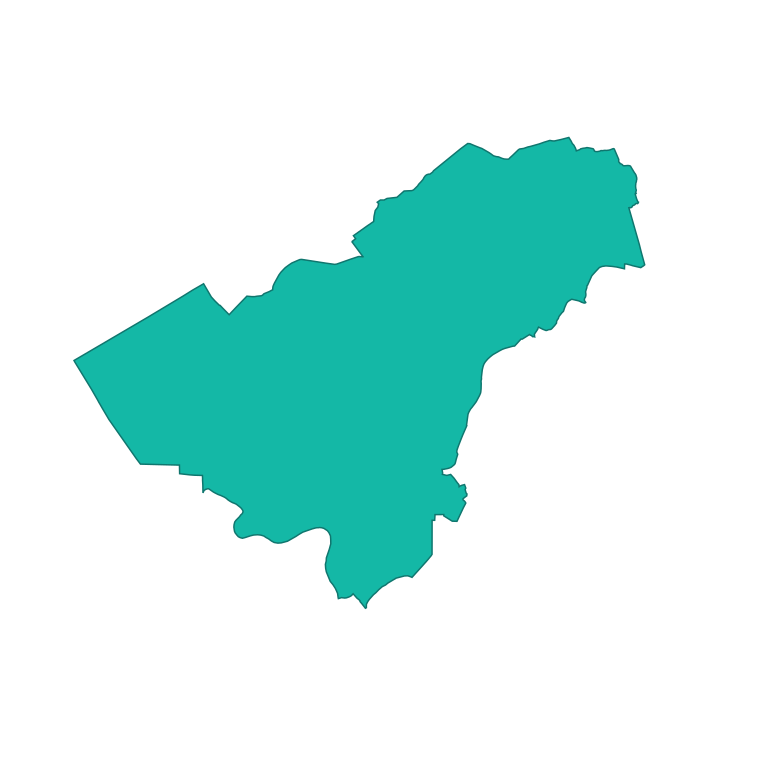 outline of Mediesu Aurit, Satu Mare, Romania, rotated 346°
{"feature_id": "2599482B60738001059881", "entity_name": "Mediesu Aurit", "entity_type": "district", "adm_level": 2, "iso_a3": "ROU", "parent_name": "Romania", "parent_adm1": "Satu Mare", "projection": "albers", "projection_center": [23.173, 47.794], "detail": "fine", "context": "isolated", "style": "filled", "palette": "teal", "viewbox_px": 768, "rotation_deg": 346, "n_neighbors": 0, "source": "geoboundaries", "source_scale": "gbopen_adm2", "svg_char_len": 6167}
<svg xmlns="http://www.w3.org/2000/svg" viewBox="0 0 768 768"><g transform="rotate(346 384 384)"><path d="M364.4,578.4L382.2,566.4L388.0,562.2L389.4,560.9L397.7,527.9L400.2,528.5L401.9,523.1L410.4,525.1L410.1,526.4L417.0,533.6L421.6,534.9L430.8,523.6L434.5,519.4L434.5,518.7L434.4,518.5L433.9,517.3L433.4,516.5L432.8,515.8L432.7,515.4L432.7,514.9L432.8,514.6L434.3,513.8L436.6,512.8L437.2,512.6L437.9,510.8L437.8,510.5L437.3,509.7L437.2,506.0L438.2,504.8L437.8,501.1L435.2,501.1L432.6,501.5L432.1,501.8L432.3,499.7L431.3,497.7L429.2,492.4L426.8,487.9L423.1,487.9L422.6,487.8L418.8,485.8L419.4,484.5L419.6,480.9L421.1,481.2L425.4,481.4L427.5,481.3L429.1,481.0L432.5,479.4L433.6,478.6L434.5,477.1L435.8,474.6L438.5,470.1L438.5,469.7L438.4,468.9L438.1,468.0L438.1,467.8L438.8,465.8L441.3,462.0L444.4,457.6L448.0,452.6L454.3,444.4L454.1,444.0L455.9,439.4L458.1,433.9L458.5,433.2L459.7,431.6L462.0,429.2L463.8,427.9L469.2,423.5L473.8,418.4L475.4,416.3L476.0,415.1L477.0,412.3L478.4,407.2L478.9,404.5L479.8,402.8L480.2,400.9L482.8,394.0L484.4,390.9L485.0,390.0L486.0,388.6L487.7,387.0L490.8,384.8L493.4,383.4L496.2,382.1L497.3,381.7L504.3,379.7L507.2,379.0L509.8,378.7L517.6,378.5L519.1,378.6L519.9,378.8L527.9,373.5L528.5,373.8L529.0,373.9L537.2,371.2L537.5,371.8L538.8,372.7L539.6,374.0L540.0,374.2L540.9,374.2L541.6,374.7L541.9,372.2L543.2,370.9L545.5,368.9L545.9,368.4L546.6,367.8L546.8,367.2L547.7,366.2L551.3,369.3L554.0,371.2L554.7,371.4L557.1,371.1L558.6,371.4L559.3,371.3L560.2,370.9L563.8,368.5L565.8,366.9L566.0,366.8L566.7,364.9L567.1,364.3L567.6,363.8L568.7,362.9L569.1,362.5L569.8,361.3L570.4,360.6L573.9,357.9L575.7,356.9L577.7,353.7L579.9,350.8L581.0,349.5L582.6,348.4L586.3,347.2L587.1,347.4L592.8,350.3L593.7,350.9L595.6,352.5L597.8,353.9L598.8,354.0L599.3,353.9L599.5,353.7L599.4,353.4L598.7,351.7L598.7,351.1L598.9,350.4L599.5,349.3L600.5,348.4L601.2,347.1L601.6,345.7L601.9,343.3L602.9,341.5L604.0,339.8L604.8,337.7L605.0,337.5L605.4,337.4L611.7,329.4L612.9,328.5L617.1,325.7L621.0,323.2L621.6,323.0L624.1,322.7L627.9,323.1L633.6,325.0L638.1,326.8L645.2,330.4L646.5,325.9L646.8,326.1L647.2,326.0L648.0,326.1L651.8,328.1L653.9,329.4L661.3,333.2L664.5,332.1L665.8,331.4L665.5,318.1L665.5,310.6L664.2,272.2L664.9,272.2L666.0,272.7L667.1,272.4L667.4,272.3L668.1,271.5L668.5,271.1L669.4,271.0L669.6,271.0L670.7,270.7L671.3,270.3L671.8,269.9L672.8,269.9L673.4,270.3L673.9,270.2L674.7,269.6L674.9,269.1L674.4,268.8L673.9,265.5L673.7,260.5L673.8,260.2L674.6,260.2L674.9,259.9L674.5,259.2L674.5,258.9L674.6,258.6L675.4,257.7L675.6,257.1L675.7,256.5L675.6,255.3L676.0,252.8L677.0,249.9L677.8,248.7L678.2,247.6L678.8,246.5L679.1,244.9L679.0,242.1L678.8,241.5L678.7,241.0L678.1,239.6L677.1,236.3L676.5,234.4L675.9,232.3L675.4,231.8L674.7,231.4L673.5,231.0L669.9,230.4L668.9,230.0L668.4,229.0L667.8,228.2L667.1,227.7L666.4,227.3L666.2,226.2L665.7,225.6L665.5,225.1L666.1,222.9L664.3,211.7L663.8,211.2L663.0,211.1L660.0,211.5L658.7,211.5L656.3,211.2L654.8,210.7L652.1,210.4L651.1,210.0L649.5,210.3L647.1,210.1L645.9,209.8L644.6,209.0L644.3,207.3L644.1,206.8L643.8,206.3L640.7,204.8L638.1,203.7L636.4,203.7L634.0,203.4L631.7,203.4L631.2,203.7L630.1,204.0L627.0,204.3L627.0,203.0L626.8,201.3L626.4,199.8L626.1,198.5L625.7,197.6L625.0,196.5L624.7,195.4L624.4,193.8L623.0,189.5L615.0,189.6L608.0,189.4L606.1,188.8L603.9,187.8L597.9,188.1L592.9,188.6L583.4,188.9L581.0,188.8L576.5,189.2L574.4,189.0L572.4,188.8L571.1,189.2L564.0,193.3L561.0,194.9L559.3,196.0L557.3,195.5L555.0,194.7L553.1,193.6L550.2,191.4L547.7,190.4L546.0,189.4L545.2,188.8L543.6,186.8L541.8,184.8L535.9,179.1L534.2,178.0L529.2,174.4L525.5,171.6L523.4,170.9L515.2,174.3L483.6,189.1L482.4,190.2L479.2,191.5L478.3,191.2L477.1,191.2L476.1,191.3L475.0,191.7L474.0,192.3L472.5,193.6L471.7,194.6L470.9,195.3L468.3,197.1L466.5,198.2L465.6,198.9L464.6,199.9L459.7,202.8L458.6,203.0L457.8,203.1L450.2,201.6L441.7,206.0L431.8,204.7L428.7,205.5L425.0,204.6L421.4,206.0L422.4,207.7L420.8,210.9L417.5,213.5L414.9,218.9L413.3,223.8L406.3,226.4L390.2,232.7L391.6,236.2L387.9,237.8L388.0,238.2L387.4,238.5L394.4,255.4L394.1,255.4L390.7,254.3L389.8,254.2L381.9,254.8L367.1,256.2L365.1,256.0L356.9,252.7L334.3,243.2L332.6,242.9L331.7,243.0L329.2,243.4L323.8,244.3L320.5,245.5L316.4,247.2L314.9,248.1L311.0,250.6L308.5,252.7L302.1,259.6L300.5,261.6L300.0,262.4L299.7,262.9L298.7,265.7L298.4,265.7L294.8,266.6L289.8,267.3L289.3,267.4L287.5,268.5L286.2,268.7L282.1,268.1L279.4,267.9L277.1,267.3L272.2,265.6L258.6,274.1L250.5,279.3L245.7,271.1L244.0,268.1L243.7,267.9L243.3,267.8L240.1,262.6L237.5,257.8L233.2,243.1L221.0,246.6L210.2,250.1L171.2,262.0L88.9,286.2L89.3,287.8L97.1,312.6L98.9,318.4L102.5,331.1L102.7,332.1L105.0,340.1L108.5,351.9L125.7,396.7L128.3,402.8L165.9,413.2L164.0,421.6L173.9,425.3L178.2,426.7L185.7,428.8L185.1,431.9L184.7,433.3L183.8,438.1L183.1,441.1L182.0,445.9L183.6,443.8L185.5,443.1L187.0,443.0L188.3,443.1L189.5,444.3L191.9,447.1L193.2,448.4L196.2,451.0L198.7,452.7L201.8,455.2L203.3,456.8L204.6,458.7L206.4,460.7L208.5,462.6L210.0,463.6L211.6,464.9L214.2,468.2L215.2,469.6L215.8,470.9L216.4,472.6L216.3,473.9L215.5,475.0L214.7,475.7L213.3,476.4L211.7,477.8L207.3,480.5L205.8,481.8L204.4,484.4L203.7,486.6L203.5,488.5L203.3,490.7L203.6,492.5L204.7,495.0L205.7,496.9L207.3,498.3L209.3,499.4L211.9,499.4L217.5,499.0L220.9,499.0L224.9,499.7L227.9,500.8L230.6,502.4L232.5,504.5L234.5,506.3L236.8,509.1L239.1,511.2L242.5,512.7L245.9,513.3L252.3,513.2L261.6,510.6L265.3,509.3L269.4,508.1L279.3,507.2L283.5,507.1L285.6,507.6L286.5,507.6L288.8,508.4L290.8,509.6L293.6,512.6L294.6,514.9L295.3,518.4L294.7,521.9L293.7,526.2L290.9,531.2L286.0,538.8L285.1,541.8L283.5,544.8L282.8,548.7L282.6,552.3L284.1,562.5L285.9,566.3L287.4,570.7L288.3,575.9L287.8,580.4L287.8,581.2L291.3,581.0L291.8,581.3L294.2,582.2L295.9,582.4L298.9,582.1L300.5,581.7L301.3,581.4L303.3,580.1L306.0,585.3L307.4,587.1L308.0,588.0L308.2,588.5L308.1,589.3L309.3,591.7L311.7,597.1L312.8,596.8L313.2,595.1L313.7,593.4L315.7,591.1L317.8,589.3L322.8,585.9L325.7,584.5L329.0,582.4L333.3,580.2L336.9,579.4L339.6,578.1L348.8,575.3L357.5,575.2L360.8,575.9L363.8,577.9L364.4,578.4Z" fill="#14b8a6" stroke="#0f766e" stroke-width="1.5"/></g></svg>